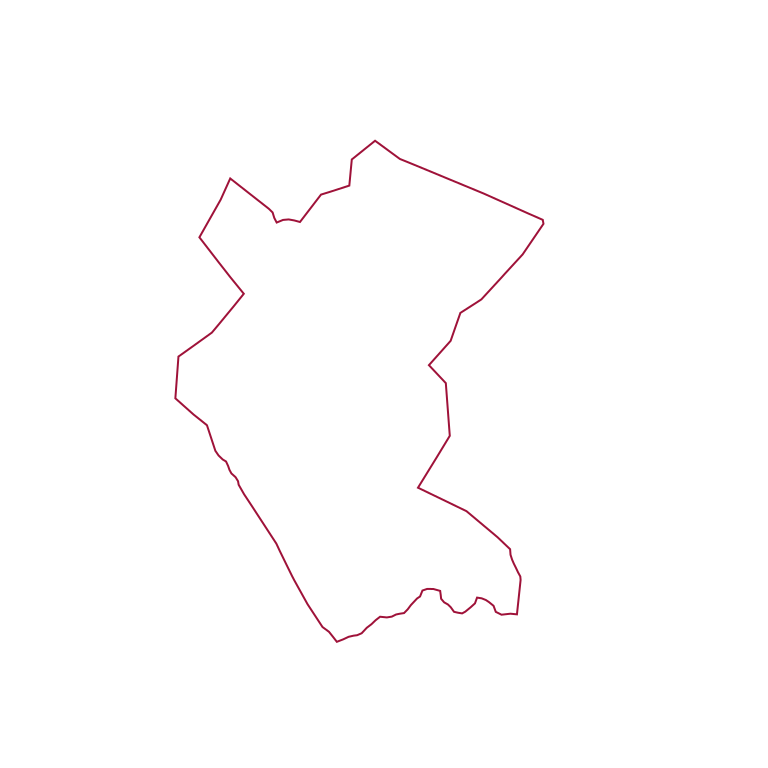 outline of Jaicós, Piauí, Brazil, rotated 310°
{"feature_id": "56859067B77828111309856", "entity_name": "Jaicós", "entity_type": "district", "adm_level": 2, "iso_a3": "BRA", "parent_name": "Brazil", "parent_adm1": "Piauí", "projection": "mercator", "projection_center": [-41.242, -7.409], "detail": "fine", "context": "isolated", "style": "outline", "palette": "rose", "viewbox_px": 768, "rotation_deg": 310, "n_neighbors": 0, "source": "geoboundaries", "source_scale": "gbopen_adm2", "svg_char_len": 1702}
<svg xmlns="http://www.w3.org/2000/svg" viewBox="0 0 768 768"><g transform="rotate(310 384 384)"><path d="M564.6,220.8L535.3,215.0L513.7,229.9L496.8,219.3L488.6,214.0L454.1,215.5L451.6,210.1L448.8,205.2L444.8,201.2L438.7,198.0L440.7,193.2L443.8,188.4L444.2,183.2L442.6,134.1L420.2,140.4L377.7,148.3L370.9,179.4L369.7,185.1L367.1,197.3L363.0,218.6L347.8,218.9L323.1,219.1L312.7,219.1L289.1,213.1L272.9,208.9L238.9,233.4L238.6,244.0L238.2,257.7L238.6,274.9L224.4,297.8L222.9,303.2L222.5,309.0L223.1,312.8L221.0,317.3L218.9,320.8L217.4,324.6L217.2,330.2L215.7,334.7L213.4,337.4L209.6,347.7L205.5,361.5L192.5,404.2L189.1,411.5L182.3,426.8L177.8,437.0L175.9,441.6L166.2,466.9L158.3,493.1L158.8,501.2L157.5,507.6L156.2,513.6L162.2,516.9L167.6,519.4L171.7,522.5L174.3,524.9L178.7,527.1L186.2,527.5L192.0,528.8L197.6,529.4L203.2,530.6L207.0,536.2L210.8,539.5L215.2,541.4L218.1,543.7L221.4,546.6L226.6,547.0L231.9,546.7L237.3,547.0L241.0,547.2L244.4,548.2L250.5,546.2L254.8,548.8L258.7,553.6L261.6,560.0L258.9,563.0L256.2,565.8L255.4,570.4L256.2,574.7L255.9,578.6L254.5,584.1L256.4,587.8L258.5,591.3L261.8,592.6L268.7,593.9L274.4,594.7L280.2,592.6L282.6,596.6L284.0,600.9L284.4,604.6L284.5,610.5L281.3,616.1L282.8,622.3L289.3,628.5L293.0,633.9L321.7,614.6L324.2,612.1L325.9,607.7L327.8,603.6L329.9,598.8L331.8,595.0L334.5,590.7L338.5,586.8L339.6,569.4L339.6,543.9L339.6,528.9L326.4,476.7L361.9,471.5L386.6,467.7L391.5,462.9L424.4,430.8L427.3,406.3L440.0,406.7L459.9,407.3L475.7,401.3L487.6,396.8L503.2,401.7L511.4,404.2L542.0,405.6L545.6,405.7L572.4,406.9L609.2,403.2L611.8,400.1L607.4,385.1L594.0,338.0L571.3,266.1L569.0,258.9L566.6,251.5L564.6,220.8Z" fill="none" stroke="#9f1239" stroke-width="2"/></g></svg>